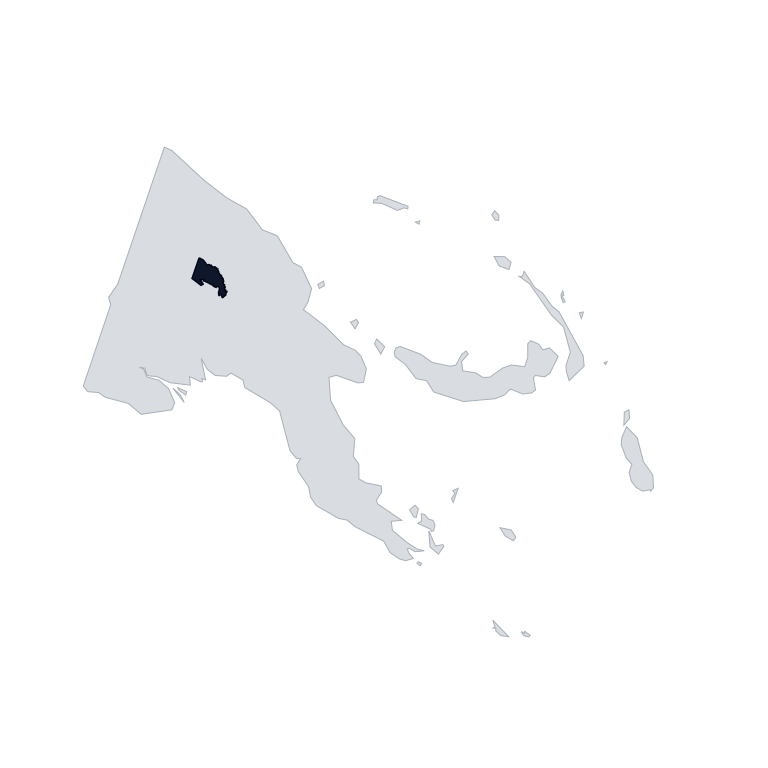 location of Lagaip/Pogera District, Enga, Papua New Guinea, rotated 19°
{"feature_id": "67681753B66216026756118", "entity_name": "Lagaip/Pogera District", "entity_type": "district", "adm_level": 2, "iso_a3": "PNG", "parent_name": "Papua New Guinea", "parent_adm1": "Enga", "projection": "orthographic", "projection_center": [143.276, -5.41], "detail": "fine", "context": "in_parent", "style": "filled", "palette": "ink", "viewbox_px": 768, "rotation_deg": 19, "n_neighbors": 0, "source": "geoboundaries", "source_scale": "gbopen_adm2", "svg_char_len": 8377}
<svg xmlns="http://www.w3.org/2000/svg" viewBox="0 0 768 768"><g transform="rotate(19 384 384)"><path d="M100.3,483.8L99.8,398.1L95.4,391.7L99.7,376.4L99.2,231.6L107.4,232.3L147.1,249.8L174.0,259.0L197.3,263.3L218.9,277.8L234.8,278.6L258.3,298.9L267.9,300.4L284.5,317.4L285.5,331.2L283.6,339.9L308.9,348.3L333.1,360.1L346.3,361.5L353.6,365.6L362.5,375.7L364.1,389.2L358.8,391.5L336.2,391.3L329.8,395.6L338.7,416.7L358.9,436.1L374.2,445.1L378.6,462.6L386.3,468.0L391.2,481.9L399.1,483.4L414.6,481.3L417.0,487.1L414.6,495.9L416.8,499.4L445.1,507.1L435.5,511.5L439.6,519.6L458.0,526.6L469.4,529.3L476.4,528.6L468.2,532.4L461.0,531.2L459.7,532.4L462.6,535.8L468.5,539.4L462.1,543.9L456.0,544.5L444.6,541.4L434.8,532.6L403.9,528.5L393.2,524.7L384.7,525.9L359.6,521.0L351.5,514.9L346.1,505.6L331.3,494.5L327.8,489.0L329.4,481.8L325.3,482.8L316.7,477.5L294.1,443.5L282.5,438.7L253.5,432.7L249.3,426.1L235.7,423.6L232.7,427.9L221.6,430.9L212.2,427.7L202.9,419.4L213.9,438.2L210.0,438.1L211.8,441.0L209.7,441.5L197.6,440.3L201.3,448.1L181.4,452.4L166.6,450.9L159.5,452.8L156.5,452.6L152.7,446.8L147.3,447.9L151.8,448.0L157.6,454.6L170.0,453.7L182.0,458.7L192.2,469.8L191.8,477.5L164.3,491.7L148.3,485.6L125.0,487.3L116.8,485.0L106.4,487.7L100.3,483.8ZM517.4,296.0L523.0,300.0L528.7,296.0L539.7,301.2L537.4,319.8L533.7,324.9L524.4,326.6L523.2,329.4L529.2,340.4L526.6,344.3L518.5,348.3L505.1,347.6L501.4,355.1L494.0,361.7L464.9,374.7L433.5,375.4L423.2,367.0L412.4,368.4L397.9,358.6L385.7,354.6L383.3,350.8L383.6,346.0L387.0,343.2L408.8,343.9L422.5,347.9L440.7,345.7L445.8,342.8L447.8,330.9L450.8,326.0L453.9,328.3L450.0,337.5L454.2,345.9L467.1,343.6L475.3,345.6L481.7,343.2L490.9,330.4L498.2,324.6L511.4,321.8L511.3,312.2L506.8,299.1L508.7,295.3L517.4,296.0ZM672.6,394.5L670.9,398.7L670.0,397.4L663.4,401.1L656.0,399.7L649.5,395.4L644.5,387.7L644.5,379.2L637.3,375.3L628.1,364.3L626.3,357.2L627.3,345.4L641.0,352.5L654.6,373.1L667.8,382.5L672.6,394.5ZM567.4,302.0L558.0,320.5L552.3,312.8L550.1,307.4L549.8,293.2L535.2,271.7L520.0,264.4L489.0,241.9L476.7,238.2L479.8,237.3L479.8,231.8L495.1,243.6L504.6,246.5L517.3,255.6L525.9,258.7L563.1,292.4L567.4,302.0ZM319.2,207.2L348.9,208.2L349.4,210.7L345.5,210.9L340.4,215.4L322.7,214.0L314.9,216.3L314.4,213.1L317.3,212.2L316.9,208.9L319.2,207.2ZM465.0,494.1L470.2,497.3L474.8,497.0L478.1,500.7L478.6,506.7L476.6,508.0L475.4,506.1L461.2,504.8L464.1,501.4L461.5,494.6L465.0,494.1ZM464.9,235.1L454.4,234.9L446.6,227.6L456.9,224.3L464.6,227.7L464.9,235.1ZM485.3,520.4L492.0,516.7L493.5,518.0L490.8,527.2L480.6,523.1L474.1,508.2L485.3,520.4ZM540.5,482.1L551.7,480.6L557.0,484.7L558.5,486.2L557.4,490.1L548.1,488.3L540.5,482.1ZM563.8,571.9L584.2,582.3L576.4,583.9L570.0,581.0L569.3,578.5L566.6,579.3L568.0,577.6L563.8,571.9ZM371.3,356.8L361.9,349.0L362.5,343.8L372.5,348.5L371.3,356.8ZM457.9,499.7L455.1,499.9L449.1,494.5L452.9,488.5L457.1,490.8L457.9,499.7ZM624.2,344.9L620.4,332.4L624.0,328.7L627.4,336.7L624.2,344.9ZM338.7,341.3L332.2,336.4L337.0,331.9L339.9,334.3L338.7,341.3ZM439.2,191.9L435.6,192.8L430.8,188.7L432.2,184.1L437.7,187.2L439.2,191.9ZM295.6,310.4L291.7,314.8L289.0,311.4L293.4,306.4L295.6,310.4ZM488.1,458.5L488.0,473.4L485.1,470.4L486.6,464.2L483.7,462.5L488.1,458.5ZM194.7,460.4L201.1,466.5L185.7,456.7L194.7,460.4ZM200.2,459.0L191.8,456.5L190.1,454.5L200.0,455.5L200.2,459.0ZM604.0,574.0L603.3,576.1L597.9,576.4L594.4,573.3L597.9,574.1L597.4,572.0L604.0,574.0ZM549.1,251.0L549.3,257.9L545.5,253.0L549.1,251.0ZM528.5,247.0L526.9,248.8L523.0,243.9L523.8,243.0L528.5,247.0ZM477.9,541.3L477.3,544.3L473.6,542.8L474.2,540.9L477.9,541.3ZM525.2,241.6L522.2,242.4L522.7,237.7L525.2,241.6ZM364.7,218.1L365.1,221.5L360.9,220.7L364.7,218.1ZM587.7,290.3L587.2,293.5L585.0,292.4L587.7,290.3Z" fill="#d9dde1" stroke="#a8b0b8" stroke-width="1"/><path d="M168.1,325.6L168.1,346.7L178.9,350.3L179.0,350.2L179.0,349.8L179.1,349.7L179.4,349.5L179.6,349.4L180.1,349.0L180.5,348.8L180.5,348.7L180.4,348.5L180.3,348.4L180.3,348.2L180.2,348.0L179.4,347.7L179.1,347.5L179.0,347.4L178.8,346.9L178.5,346.7L178.0,346.5L177.8,346.3L177.7,346.3L177.6,346.2L177.4,345.8L176.4,345.6L176.2,345.5L176.2,345.4L176.3,345.2L176.5,345.2L176.9,345.1L177.1,345.0L177.2,344.9L177.3,344.7L177.4,344.4L177.5,344.3L177.8,344.4L178.0,344.5L178.7,344.4L178.9,344.3L179.0,344.2L179.3,343.8L179.7,343.9L179.8,344.1L179.9,344.3L179.9,345.2L180.0,345.3L180.5,345.3L181.0,345.1L181.3,345.0L181.6,345.0L181.8,344.8L182.0,344.8L182.3,345.0L182.5,345.3L182.6,345.5L182.8,345.4L183.2,345.2L183.4,345.3L183.9,345.4L184.2,345.6L184.4,345.5L184.6,345.4L185.2,345.5L185.5,345.5L186.2,346.0L186.3,345.9L186.5,345.7L186.9,345.6L187.2,345.8L187.3,345.8L187.7,345.9L187.9,346.1L188.2,346.2L188.5,346.3L189.0,346.1L189.4,346.1L189.6,346.2L190.0,346.2L190.2,346.4L190.6,346.7L190.9,347.1L193.8,347.3L194.0,346.8L194.0,346.7L193.9,346.4L193.9,346.2L194.1,346.2L194.8,345.9L194.9,346.0L195.2,346.0L195.4,346.1L195.8,346.1L196.1,345.9L196.5,345.9L196.6,346.1L196.9,346.4L197.0,346.6L197.1,347.0L197.2,347.4L197.2,347.5L197.3,347.8L197.6,348.3L197.6,348.5L197.6,349.1L197.7,349.4L197.6,349.9L197.6,350.1L197.6,350.3L197.7,350.7L197.7,351.0L197.8,351.0L198.2,351.5L198.3,352.1L198.2,352.3L198.2,352.5L198.4,352.5L198.5,352.6L198.8,352.9L198.8,353.5L199.0,354.0L199.3,354.1L199.5,353.9L199.8,353.5L199.8,353.4L199.8,353.1L199.9,352.8L200.1,352.7L200.4,352.6L200.6,352.6L200.8,352.6L201.0,352.7L201.3,352.7L201.4,352.8L201.6,353.2L201.7,353.6L201.8,353.7L202.1,353.7L202.2,353.8L202.2,354.0L202.3,354.2L202.6,354.7L202.7,354.8L202.9,354.9L203.1,354.9L203.2,354.6L203.6,354.5L203.7,354.4L204.0,353.9L204.1,353.3L204.2,353.1L204.5,352.9L204.5,352.7L204.4,352.5L204.6,352.5L204.7,352.4L204.9,352.1L205.0,352.1L205.3,351.8L205.4,351.3L205.4,351.1L205.3,350.8L205.2,350.5L205.1,350.2L205.0,349.9L205.0,349.6L205.1,349.4L205.1,349.2L205.4,348.6L205.4,348.4L205.3,348.1L205.3,347.9L205.3,347.7L205.0,347.8L204.9,347.9L204.7,347.8L204.5,347.7L204.4,347.6L204.4,347.8L204.3,348.0L204.2,348.1L204.2,348.3L204.0,348.1L204.0,347.9L203.9,347.9L203.4,347.8L203.1,347.8L202.9,347.6L202.7,347.5L202.8,347.4L202.7,347.2L202.8,347.0L203.0,346.8L202.9,346.8L202.8,346.7L202.6,346.4L202.4,346.1L202.4,345.9L202.2,345.9L202.1,345.7L202.0,345.4L202.1,345.2L202.2,344.9L201.9,344.9L201.7,344.7L201.7,344.4L201.8,344.4L202.0,344.4L202.3,344.1L202.2,343.9L201.9,343.8L201.6,343.8L201.4,343.6L201.1,343.0L201.1,342.7L201.0,342.1L200.8,342.1L200.6,342.1L200.2,342.2L199.9,342.2L199.5,342.0L199.4,341.3L198.8,341.3L198.8,341.0L199.1,339.7L198.8,338.7L198.2,338.4L198.1,338.2L198.0,337.8L198.0,337.5L198.0,337.4L197.7,337.1L197.5,336.7L197.3,336.7L195.7,336.6L195.7,336.4L195.9,336.1L195.7,336.1L195.7,335.9L195.6,335.7L195.4,335.3L195.4,335.1L195.4,334.8L195.2,334.7L194.6,334.3L194.4,334.2L194.1,334.2L193.7,334.1L193.1,333.9L192.9,333.8L192.7,333.7L192.5,333.4L192.5,333.2L192.2,333.0L191.9,332.9L191.4,332.5L191.3,332.3L191.3,332.2L191.0,331.9L190.9,331.8L191.0,331.6L191.0,331.4L190.7,331.3L190.6,331.1L190.3,331.0L190.3,330.9L190.2,330.8L190.1,330.7L189.9,330.5L189.8,330.4L189.7,330.2L189.6,329.9L189.5,330.1L189.3,330.1L189.1,330.0L189.0,329.8L188.8,329.8L188.7,329.7L188.4,329.2L188.3,329.3L188.2,329.3L188.0,329.2L187.9,329.1L187.7,329.1L187.5,328.8L187.4,328.7L187.2,328.7L186.8,328.6L186.7,328.6L186.4,328.5L186.4,328.3L186.1,328.2L185.9,328.3L185.8,328.5L185.7,328.5L185.4,328.6L185.1,328.6L184.9,328.8L184.7,328.9L184.6,329.0L184.4,329.1L184.2,329.1L184.0,329.3L183.9,329.4L183.7,329.1L183.4,329.0L183.3,328.7L183.2,328.6L182.9,328.7L182.7,328.7L182.4,328.7L182.2,328.7L182.2,328.4L182.0,328.1L181.9,328.0L181.8,327.9L181.6,328.0L181.2,328.2L180.9,328.3L180.7,328.3L180.6,328.2L180.4,328.1L180.1,328.3L179.7,328.1L179.4,328.2L179.2,328.2L179.1,328.3L179.1,328.6L179.0,328.8L178.9,328.8L178.9,329.0L178.7,329.2L178.1,329.1L177.8,329.0L177.7,328.9L177.5,328.7L177.4,328.7L177.0,328.7L176.9,328.6L176.8,328.4L176.7,328.4L176.3,328.0L175.9,327.6L175.5,327.5L175.3,327.3L175.1,327.3L174.9,327.0L174.7,326.9L174.3,326.8L174.2,326.6L173.9,326.6L173.6,326.3L173.5,326.1L173.3,326.0L173.2,326.0L173.1,325.9L172.7,325.7L172.5,325.9L172.4,325.9L172.3,325.7L172.1,325.6L172.0,325.4L171.2,325.3L170.8,325.4L170.6,325.4L170.3,325.3L170.1,325.4L170.1,325.5L169.9,325.5L169.6,325.2L169.3,325.1L169.2,325.0L168.9,325.1L168.7,325.0L168.4,325.4L168.4,325.5L168.1,325.6Z" fill="#0f172a" stroke="#020617" stroke-width="1.5"/></g></svg>